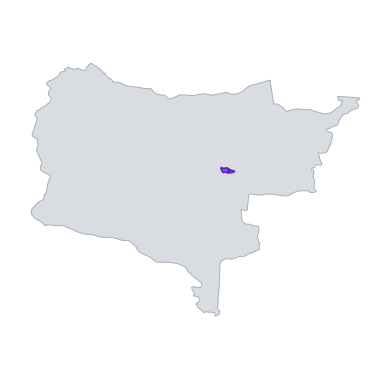 location of Lupatapata, Kasaï-Oriental, Democratic Republic of the Congo, rotated 273°
{"feature_id": "63176286B66669834222633", "entity_name": "Lupatapata", "entity_type": "district", "adm_level": 2, "iso_a3": "COD", "parent_name": "Democratic Republic of the Congo", "parent_adm1": "Kasaï-Oriental", "projection": "equal_earth", "projection_center": [23.576, -6.023], "detail": "fine", "context": "in_parent", "style": "filled", "palette": "violet", "viewbox_px": 384, "rotation_deg": 273, "n_neighbors": 0, "source": "geoboundaries", "source_scale": "gbopen_adm2", "svg_char_len": 5851}
<svg xmlns="http://www.w3.org/2000/svg" viewBox="0 0 384 384"><g transform="rotate(273 192 192)"><path d="M307.8,264.0L283.9,269.1L284.4,270.9L284.2,272.8L283.5,274.3L281.1,278.3L277.5,281.9L277.5,282.8L279.2,286.8L280.4,292.4L280.0,302.1L280.5,304.8L280.4,306.8L279.2,309.1L276.7,320.9L278.3,326.5L282.9,331.8L285.6,335.8L290.3,337.2L291.0,337.0L291.3,333.7L295.0,332.4L294.9,353.3L294.6,354.5L293.9,354.7L293.0,354.1L292.7,352.1L291.8,351.2L287.3,353.8L286.1,353.7L284.9,353.3L284.0,352.2L283.7,350.6L280.6,344.6L279.0,344.1L277.3,338.7L270.2,334.7L267.5,334.4L266.1,333.1L264.7,328.8L262.4,326.0L261.8,323.0L261.4,322.5L259.9,323.2L258.7,328.0L257.0,329.2L254.1,329.3L246.8,327.9L241.6,325.4L240.3,325.5L238.2,323.3L237.4,319.5L237.8,316.6L237.4,316.2L229.5,318.6L227.6,320.1L225.8,319.7L225.2,318.9L226.0,316.9L225.6,314.8L225.0,313.8L222.7,313.0L222.0,310.7L220.5,310.3L220.0,310.7L219.7,312.3L218.8,312.8L214.1,312.0L209.1,314.1L202.5,313.5L199.4,316.0L198.9,315.9L198.2,314.6L197.6,310.7L197.9,309.6L198.9,308.8L199.3,307.2L198.9,303.1L199.2,302.1L198.8,299.8L197.8,296.0L196.4,292.9L193.4,288.3L192.9,286.1L193.1,280.9L194.0,272.7L193.9,266.6L192.7,262.6L192.4,258.4L193.2,250.7L192.4,248.8L177.3,248.2L176.7,247.6L176.4,246.5L177.1,242.0L167.9,243.1L165.1,244.0L163.4,245.9L162.8,248.2L162.8,251.6L161.4,254.7L161.0,260.1L158.5,260.7L155.9,260.7L151.0,259.6L146.3,261.1L143.9,262.6L142.7,261.9L138.4,262.4L137.8,262.0L132.9,251.4L130.7,247.8L130.2,246.1L130.4,244.4L129.8,242.2L127.5,236.7L127.1,234.2L127.1,230.2L126.9,228.9L124.8,225.4L123.4,224.3L121.9,223.7L97.2,224.2L89.0,223.5L83.1,224.0L80.1,223.7L79.2,223.2L76.5,223.9L75.1,225.3L73.0,226.1L71.6,225.8L69.0,221.8L72.5,221.1L72.8,220.7L73.0,211.2L72.0,209.9L73.9,208.3L76.9,204.1L79.8,202.6L80.2,201.7L80.8,201.8L81.9,203.5L84.4,205.8L87.6,203.8L87.9,203.2L88.3,199.2L89.1,198.8L90.4,199.7L91.2,199.7L92.6,198.5L96.6,196.5L97.8,199.1L96.7,201.4L97.2,203.1L97.3,205.7L97.9,206.3L101.1,206.6L102.0,206.0L108.3,196.6L109.9,195.5L112.6,191.8L116.1,190.1L117.6,187.2L119.6,181.9L120.5,174.4L120.1,161.3L120.4,159.6L124.6,153.7L129.0,143.0L131.9,140.2L134.1,139.1L137.6,135.2L140.3,131.2L139.9,126.5L140.5,122.6L142.0,117.6L142.5,112.3L142.0,106.7L142.2,102.2L144.2,94.9L144.4,86.6L146.2,79.6L149.8,70.8L151.6,64.2L151.2,57.6L151.7,52.8L151.6,50.0L150.9,47.6L151.2,46.0L152.6,45.4L154.3,43.0L157.4,36.6L160.7,33.4L163.0,32.5L165.3,32.6L166.9,33.1L169.4,35.6L172.3,37.6L174.5,40.1L176.6,44.0L181.7,44.9L183.9,46.3L185.2,46.8L185.7,46.4L186.8,46.6L189.2,47.8L191.1,47.2L200.6,49.7L201.7,48.4L204.4,41.8L206.3,39.5L209.6,39.2L212.1,40.5L213.5,40.5L225.1,34.8L226.6,34.5L230.9,35.9L233.6,35.0L234.7,35.2L237.1,34.2L239.0,30.2L240.6,29.3L257.4,33.6L259.9,31.5L261.2,31.2L264.9,32.8L266.0,35.2L268.3,37.3L269.9,40.8L272.3,42.8L273.6,44.7L275.1,46.0L278.1,46.4L282.0,43.3L284.7,43.6L287.5,45.3L288.4,45.2L290.5,43.4L291.6,41.4L292.6,41.0L294.2,41.9L295.6,43.7L296.7,46.4L300.9,52.4L305.0,54.9L306.0,58.6L307.5,58.2L308.2,58.6L309.3,60.9L310.0,61.4L310.2,62.3L309.1,64.5L308.2,68.7L309.5,71.3L308.4,75.0L307.9,78.9L309.2,79.9L310.9,79.8L312.5,81.8L313.7,82.1L315.0,84.3L314.7,86.1L310.7,92.4L304.7,100.1L302.7,101.0L301.6,102.5L300.9,104.7L299.1,106.6L297.8,107.4L297.7,113.0L295.7,118.8L294.9,119.9L293.8,129.4L294.0,131.0L292.9,138.7L293.0,145.8L290.1,148.1L288.1,151.6L287.3,154.0L287.3,159.9L284.0,163.4L283.7,164.2L284.6,168.3L285.8,169.0L285.8,170.4L288.5,174.8L288.3,188.4L288.4,189.7L289.8,192.9L290.7,199.1L289.7,206.9L293.3,221.2L291.6,226.4L292.4,231.5L294.5,236.7L299.6,241.9L301.0,244.0L302.2,246.9L303.4,251.4L307.8,264.0Z" fill="#d9dde1" stroke="#a8b0b8" stroke-width="1"/><path d="M213.2,222.2L213.3,222.3L213.4,222.5L213.3,222.8L213.2,222.9L213.2,223.0L213.3,223.1L213.4,223.4L213.4,223.7L213.4,224.0L213.5,224.4L213.4,224.6L213.4,224.8L213.4,225.1L213.3,225.4L213.4,225.6L213.4,225.8L213.5,225.8L213.6,226.0L213.7,226.3L213.8,226.3L214.0,226.4L214.0,226.5L214.3,226.8L214.3,227.0L214.2,227.1L214.0,227.3L213.8,227.5L213.8,227.9L213.7,227.9L213.5,227.7L213.4,227.6L213.3,227.4L213.0,227.4L212.9,227.3L212.9,227.5L213.0,227.7L213.0,228.0L213.0,228.3L213.0,228.6L213.1,228.9L213.1,229.1L213.1,229.3L213.1,229.6L213.2,229.9L213.3,230.2L213.3,230.4L213.4,230.6L213.4,230.8L213.5,231.2L213.5,231.6L213.7,231.8L213.8,231.9L213.9,232.0L214.0,232.1L214.2,232.3L214.2,232.5L214.3,232.5L214.5,232.6L214.6,232.9L214.6,233.0L214.8,233.0L214.9,233.3L215.0,233.3L215.0,233.2L215.1,232.9L215.1,232.7L215.3,232.5L215.3,232.3L215.3,232.2L215.4,231.9L215.4,231.7L215.5,231.6L215.4,231.5L215.4,231.4L215.4,231.0L215.4,230.9L215.5,230.6L215.6,230.4L215.6,230.1L215.8,230.1L215.9,229.9L216.0,229.7L216.0,229.4L216.1,229.2L216.0,228.7L215.9,228.7L215.5,228.7L215.4,228.7L215.2,228.9L214.9,228.8L214.9,228.7L215.0,228.6L215.0,228.4L215.0,228.1L215.0,227.9L215.0,227.7L215.0,227.4L215.0,227.1L215.1,226.9L215.3,226.9L215.5,227.0L215.6,227.3L215.9,227.5L216.0,227.6L216.4,227.5L216.6,227.5L216.8,227.7L217.0,227.7L217.0,227.8L217.1,227.7L217.0,227.4L217.1,227.2L217.1,226.9L217.3,226.8L217.3,226.7L217.2,226.5L217.3,226.5L217.5,226.6L217.7,226.4L217.7,226.2L217.6,225.9L217.8,225.8L217.8,225.7L218.0,225.4L217.9,225.2L217.7,225.1L217.7,224.8L217.7,224.7L217.8,224.6L217.8,224.3L217.8,224.2L217.7,224.2L217.6,223.9L217.4,223.8L217.2,223.7L217.1,223.3L217.0,223.2L217.0,222.7L217.3,222.5L217.2,222.4L217.3,222.3L217.4,222.2L217.3,221.9L217.2,221.8L217.3,221.7L217.5,221.2L217.5,220.9L217.6,220.7L217.4,220.5L217.4,220.4L217.5,220.2L217.7,219.9L217.8,219.9L217.7,219.7L217.4,219.6L217.2,219.6L216.9,219.6L216.7,219.7L216.6,219.8L216.4,219.8L216.2,220.0L215.7,220.6L215.4,220.6L215.2,220.5L214.9,220.6L214.7,220.5L214.5,220.9L214.4,221.1L214.3,221.4L214.3,221.5L214.2,221.6L213.9,221.6L213.6,221.6L213.5,221.8L213.5,222.0L213.3,222.1L213.2,222.2Z" fill="#8b5cf6" stroke="#5b21b6" stroke-width="1.5"/></g></svg>